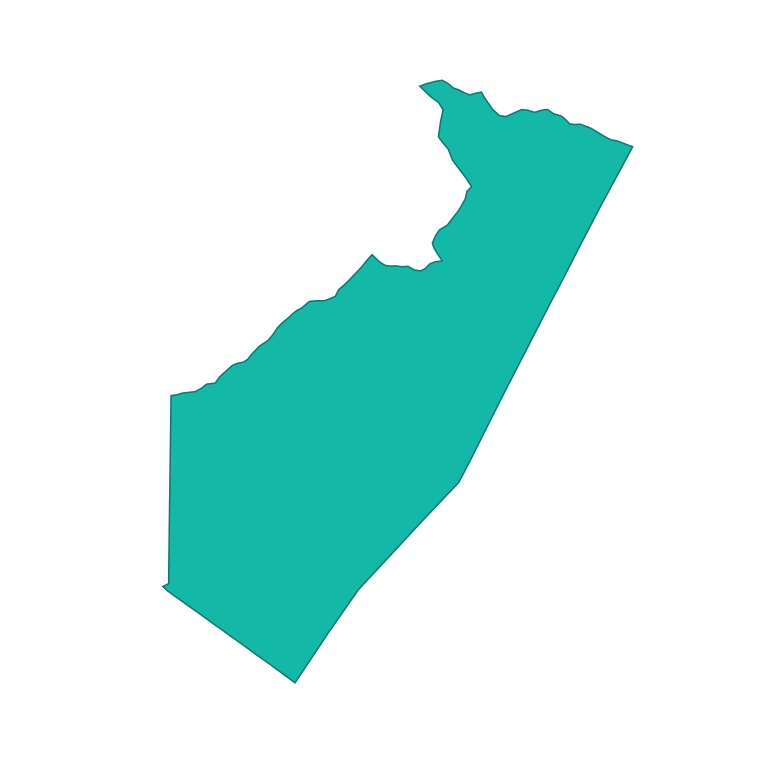 the district of São José da Tapera, Alagoas, Brazil, rotated 99°
{"feature_id": "56859067B81495136309648", "entity_name": "São José da Tapera", "entity_type": "district", "adm_level": 2, "iso_a3": "BRA", "parent_name": "Brazil", "parent_adm1": "Alagoas", "projection": "albers", "projection_center": [-37.538, -9.529], "detail": "fine", "context": "isolated", "style": "filled", "palette": "teal", "viewbox_px": 768, "rotation_deg": 99, "n_neighbors": 0, "source": "geoboundaries", "source_scale": "gbopen_adm2", "svg_char_len": 1904}
<svg xmlns="http://www.w3.org/2000/svg" viewBox="0 0 768 768"><g transform="rotate(99 384 384)"><path d="M469.7,294.8L447.0,287.2L442.1,285.6L373.9,263.9L352.8,256.9L340.6,252.9L310.2,242.9L274.6,231.2L252.3,223.6L230.9,216.6L225.6,214.9L174.9,198.0L110.8,175.5L109.7,180.9L108.6,186.1L107.4,192.0L107.4,197.5L106.0,202.3L103.1,209.6L101.1,214.6L98.9,219.9L97.9,225.0L96.7,231.0L97.9,236.4L98.0,241.5L94.5,245.8L91.6,250.9L90.5,259.0L87.3,265.3L88.9,271.0L92.1,277.8L91.1,284.8L91.4,291.0L96.2,298.4L100.8,305.4L100.8,312.1L95.7,319.7L89.9,325.3L85.5,329.5L80.4,333.5L82.3,338.6L85.0,344.3L83.8,350.3L81.7,356.2L81.0,361.4L77.0,368.2L74.9,374.1L77.2,380.9L80.7,389.0L84.2,395.2L92.2,384.1L97.5,374.1L103.9,368.5L116.0,369.2L131.3,368.9L135.9,364.3L142.3,357.1L152.2,351.4L167.9,335.1L175.4,328.4L180.7,332.2L188.7,332.7L200.5,337.2L208.2,341.5L217.0,346.2L223.3,353.5L229.3,356.2L237.3,358.3L241.9,355.9L248.0,350.7L253.3,345.7L255.3,352.4L257.9,357.3L263.8,361.6L266.6,365.7L266.6,371.9L264.0,378.7L265.4,384.7L265.4,390.3L266.6,396.8L266.6,401.8L263.7,408.2L258.1,416.0L265.4,420.8L272.0,424.4L289.1,436.3L293.3,439.5L297.9,443.6L305.1,445.8L311.0,455.5L312.3,463.6L314.2,470.7L321.9,477.3L325.1,481.7L328.6,485.0L333.2,488.5L340.3,494.7L345.4,498.2L353.7,502.0L359.6,505.8L365.7,512.6L375.6,519.6L380.9,522.4L384.3,526.2L386.7,532.4L389.4,536.7L397.9,543.7L402.8,547.5L409.5,550.9L411.9,559.2L416.6,563.5L420.9,568.9L424.6,581.8L427.3,587.5L428.7,592.5L528.2,578.1L536.2,577.0L614.9,565.5L618.6,570.8L622.3,565.3L625.3,559.4L627.6,554.6L631.9,546.2L637.5,534.9L639.9,530.0L643.7,522.5L648.8,512.6L650.9,508.1L654.6,500.8L658.0,494.2L661.9,486.2L664.2,481.6L666.9,476.4L671.1,468.3L674.4,461.5L678.4,453.4L681.9,446.7L688.2,434.5L693.1,425.1L638.3,400.0L633.7,397.7L591.5,377.3L574.6,366.0L570.0,362.8L518.6,328.4L487.7,307.3L469.7,294.8Z" fill="#14b8a6" stroke="#0f766e" stroke-width="1.5"/></g></svg>